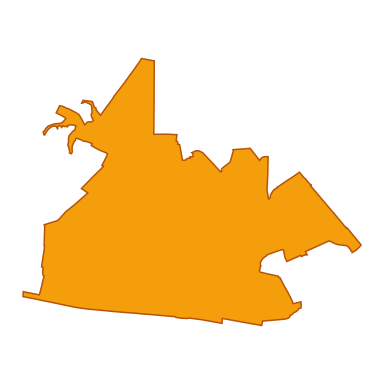 Mircea Voda, Constanta, Romania
{"feature_id": "2599482B76802521159862", "entity_name": "Mircea Voda", "entity_type": "district", "adm_level": 2, "iso_a3": "ROU", "parent_name": "Romania", "parent_adm1": "Constanta", "projection": "robinson", "projection_center": [28.188, 44.308], "detail": "fine", "context": "isolated", "style": "filled", "palette": "amber", "viewbox_px": 384, "rotation_deg": 0, "n_neighbors": 0, "source": "geoboundaries", "source_scale": "gbopen_adm2", "svg_char_len": 5824}
<svg xmlns="http://www.w3.org/2000/svg" viewBox="0 0 384 384"><path d="M308.0,181.9L305.5,178.9L304.5,178.1L304.0,177.6L301.2,174.3L299.5,172.2L293.6,176.3L284.6,182.2L280.0,185.4L278.1,186.7L277.1,187.3L277.4,187.6L275.4,188.9L275.1,189.1L274.8,189.4L274.7,189.3L274.4,189.3L273.7,190.1L273.2,190.6L272.7,191.4L271.3,193.6L270.7,194.6L270.5,195.0L270.4,195.4L270.2,197.3L270.2,197.5L270.0,197.9L269.7,198.3L269.3,198.6L268.6,199.0L267.0,190.4L267.8,173.7L268.1,156.7L265.8,156.6L264.3,156.8L263.3,157.0L262.6,157.3L261.6,158.0L261.0,158.5L259.6,160.4L250.1,148.3L244.0,148.9L233.2,149.6L232.9,149.8L233.2,150.6L233.2,151.0L233.2,151.5L232.5,153.7L230.3,161.5L230.1,161.8L229.6,162.5L228.2,163.6L223.0,167.6L222.2,168.3L221.9,168.6L221.6,169.2L221.5,169.9L221.7,171.4L221.2,171.4L220.6,171.9L213.6,164.3L212.4,163.0L202.9,152.9L202.8,152.7L199.0,150.9L196.1,150.7L191.7,152.7L192.6,153.3L193.2,156.4L192.3,156.8L191.9,156.9L190.7,156.8L190.0,156.9L189.9,156.9L189.9,157.3L190.3,157.9L190.3,158.1L190.2,158.2L190.1,158.3L189.7,158.3L188.3,158.3L187.7,158.4L187.2,158.5L186.9,158.7L186.3,159.3L185.8,159.7L185.5,160.2L183.9,160.2L182.5,160.2L179.9,146.0L179.8,145.4L179.6,144.5L178.7,144.3L177.6,144.2L177.8,142.2L177.6,141.6L177.1,141.2L176.2,140.9L176.8,135.5L177.0,134.7L168.0,134.2L153.8,134.3L153.9,122.2L154.1,98.3L154.1,85.3L154.3,60.9L154.1,60.9L142.0,58.6L141.6,58.5L141.4,58.6L140.7,59.8L140.3,60.4L139.8,61.4L135.6,67.2L135.6,67.3L122.7,85.0L113.7,96.6L113.4,97.3L112.5,98.9L112.4,99.0L109.8,102.6L106.8,106.5L100.5,115.3L96.1,109.7L95.9,107.9L94.5,107.3L94.1,106.9L93.8,105.6L93.1,103.4L92.3,101.5L83.5,100.4L83.0,100.3L81.7,103.2L82.7,103.0L83.4,102.8L84.9,102.0L85.3,102.0L85.6,102.0L86.3,102.4L87.4,103.0L88.0,103.2L88.8,103.5L90.0,104.3L90.6,104.6L91.0,104.9L91.2,105.2L91.5,106.2L91.9,108.4L92.0,111.1L91.9,113.1L91.6,113.6L91.3,114.1L91.2,114.7L91.2,115.2L91.4,115.9L92.1,118.2L92.2,118.5L92.9,119.4L93.1,119.9L93.5,120.5L93.0,120.9L92.3,121.4L91.7,121.8L91.1,121.9L90.0,121.8L88.7,121.9L88.0,122.0L87.2,122.3L86.7,122.7L84.7,124.9L83.8,123.3L83.0,121.4L80.9,117.9L79.5,115.3L79.3,115.0L78.3,114.1L77.5,113.6L74.6,111.9L70.3,109.7L68.7,108.9L66.6,108.2L63.3,106.6L62.8,106.4L61.4,106.0L59.6,105.7L56.2,112.9L62.2,115.9L65.9,118.3L65.8,118.6L65.1,119.5L62.7,122.1L61.7,122.7L61.1,122.9L60.8,123.2L60.6,123.4L60.4,123.5L60.1,123.5L57.7,123.5L56.1,123.8L55.0,123.8L54.0,124.0L51.6,124.8L50.4,125.2L49.7,125.6L49.2,125.7L48.6,125.8L48.4,125.9L47.1,127.1L45.7,128.5L45.2,129.7L44.8,130.3L43.8,131.4L43.1,132.1L43.8,133.5L43.7,134.5L43.8,134.7L44.4,134.8L44.7,134.9L46.0,132.3L47.2,130.9L47.8,129.8L49.1,128.7L50.8,127.2L53.0,126.2L53.6,126.1L55.1,126.2L55.8,126.3L56.5,126.9L56.9,127.9L57.6,128.7L57.8,127.8L57.8,127.1L58.3,126.3L58.9,125.8L60.3,126.0L61.1,126.3L61.4,126.6L61.4,127.5L61.7,127.6L62.2,126.4L62.6,125.8L63.8,126.4L64.7,126.6L65.8,126.1L67.0,126.9L67.5,126.8L67.9,126.1L68.1,125.5L68.1,125.2L71.4,124.9L73.0,125.0L75.9,125.9L75.0,129.6L72.5,131.6L69.0,135.9L68.7,137.4L68.4,140.4L68.7,141.4L67.8,145.0L68.7,147.2L69.6,151.5L69.5,152.9L71.2,153.8L71.9,153.0L72.4,150.9L72.0,149.7L72.2,146.6L72.6,145.1L74.4,141.2L75.2,140.8L75.5,139.4L75.8,138.4L76.4,138.3L80.0,139.4L83.6,141.2L86.5,141.5L87.5,141.9L92.1,143.5L92.0,144.1L91.2,145.5L95.8,148.2L100.2,150.4L105.8,152.7L107.1,153.4L107.3,154.7L104.0,161.5L102.2,164.9L101.9,165.5L103.5,166.2L103.4,166.5L92.8,176.9L81.8,188.2L81.4,188.7L82.4,189.2L87.6,192.8L87.4,193.0L87.6,193.1L75.8,203.6L72.4,206.4L66.1,211.4L61.9,216.0L61.2,216.9L59.3,218.9L58.6,219.5L57.9,220.2L57.2,220.6L55.7,221.2L53.7,221.8L51.9,222.3L49.5,223.2L48.5,223.3L46.8,224.0L44.2,224.6L44.2,225.3L44.5,225.5L44.7,226.0L44.7,227.3L44.1,245.5L44.3,245.5L44.4,245.9L44.5,246.4L44.2,249.7L42.7,259.1L41.6,266.9L42.4,267.0L42.6,267.0L42.8,267.5L43.0,268.5L42.8,271.1L42.7,271.6L42.6,272.3L43.0,273.8L43.1,274.7L42.9,275.0L43.1,275.4L43.8,275.9L43.9,276.1L44.0,276.4L42.7,281.2L41.7,286.0L40.3,291.5L39.3,294.8L25.8,292.2L23.3,291.6L23.0,296.6L38.3,299.6L40.5,300.2L49.0,301.8L75.1,307.3L82.6,308.4L88.2,309.1L101.3,310.3L114.6,311.6L134.2,313.2L134.3,313.1L134.5,313.1L140.9,313.8L154.0,314.8L166.9,316.0L175.4,316.7L176.0,317.5L178.7,317.8L180.0,318.0L181.0,318.2L182.8,318.3L185.1,318.4L185.8,318.5L187.6,318.4L189.4,318.1L191.1,318.3L192.8,318.6L194.1,318.7L202.4,319.8L208.3,320.9L209.7,321.1L222.1,323.4L222.3,318.5L227.1,319.3L242.4,322.1L261.7,325.5L262.5,321.8L262.5,321.1L282.1,319.4L285.5,319.0L285.7,318.8L286.4,318.8L288.0,318.3L289.4,317.3L289.6,317.1L289.8,316.6L290.0,315.6L290.4,315.3L291.1,315.1L291.8,314.8L292.5,314.2L293.4,313.0L293.8,312.7L295.8,311.8L296.5,311.3L297.3,310.6L297.9,310.1L298.5,309.2L299.1,308.5L301.0,308.0L301.1,306.0L301.3,304.2L300.8,303.7L300.9,301.8L294.9,303.3L294.1,303.5L292.7,303.6L292.6,303.2L292.6,301.8L287.9,292.4L284.5,286.4L283.9,285.3L283.5,284.8L283.4,284.3L283.0,283.7L282.8,283.1L280.0,277.8L279.5,277.8L279.3,277.8L279.0,277.6L278.8,277.1L278.6,276.5L278.4,276.3L275.5,275.6L260.4,272.2L259.4,271.4L260.0,269.2L260.1,267.7L260.3,267.1L260.7,266.0L260.9,265.9L260.5,265.1L260.3,263.9L260.3,263.2L260.6,262.3L260.8,261.6L261.6,260.5L262.5,259.0L263.0,258.3L266.4,255.8L267.6,254.7L268.2,254.4L269.4,253.9L270.9,253.5L275.7,251.7L280.7,250.1L282.5,249.7L283.4,249.7L283.8,251.5L284.8,256.9L285.0,257.7L286.9,261.5L298.2,256.5L299.4,255.8L300.7,255.4L301.2,256.5L304.8,255.0L307.2,254.8L305.4,251.6L328.8,241.0L330.2,241.4L331.2,241.7L335.0,243.7L338.2,244.7L341.5,245.0L342.5,245.2L346.4,245.7L346.9,245.9L348.0,246.6L350.2,249.2L350.7,250.0L350.8,250.6L352.3,252.3L352.3,252.5L355.2,250.8L357.2,249.3L357.4,248.8L358.7,247.8L360.0,246.5L361.0,244.8L346.8,227.5L346.2,228.0L332.7,211.8L332.3,211.5L310.6,185.8L311.3,185.1L311.3,184.9L310.5,184.6L310.0,184.2L308.0,181.9Z" fill="#f59e0b" stroke="#b45309" stroke-width="1.5"/></svg>